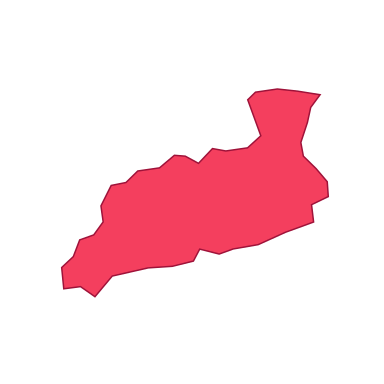 the border of Lipljan, rotated 340°
{"feature_id": "KOS-5903", "entity_name": "Lipljan", "entity_type": "District", "adm_level": 1, "iso_a3": "XKX", "parent_name": "Kosovo", "parent_adm1": "", "projection": "orthographic", "projection_center": [21.101, 42.527], "detail": "fine", "context": "isolated", "style": "filled", "palette": "rose", "viewbox_px": 384, "rotation_deg": 340, "n_neighbors": 0, "source": "natural_earth", "source_scale": "10m", "svg_char_len": 713}
<svg xmlns="http://www.w3.org/2000/svg" viewBox="0 0 384 384"><g transform="rotate(340 192 192)"><path d="M43.7,218.4L58.4,212.1L70.1,198.6L85.0,198.7L98.3,189.7L101.7,173.9L118.3,158.2L133.2,160.5L148.2,153.7L169.7,158.2L188.0,151.5L197.9,156.0L207.9,167.3L226.1,158.2L237.8,165.0L259.3,169.5L275.9,162.7L275.9,144.7L275.9,124.4L285.8,119.9L307.4,124.4L325.6,133.3L345.6,144.4L332.5,153.1L324.2,166.2L311.2,182.7L308.9,196.4L316.6,212.5L322.6,228.6L318.5,242.9L300.0,244.8L296.0,261.8L266.1,261.8L236.2,264.1L211.2,259.6L196.3,259.6L179.7,248.3L169.7,257.4L148.1,255.1L124.8,248.3L106.5,246.0L88.3,243.7L65.0,257.2L54.9,242.8L38.4,239.1L43.7,218.4Z" fill="#f43f5e" stroke="#9f1239" stroke-width="1.5"/></g></svg>